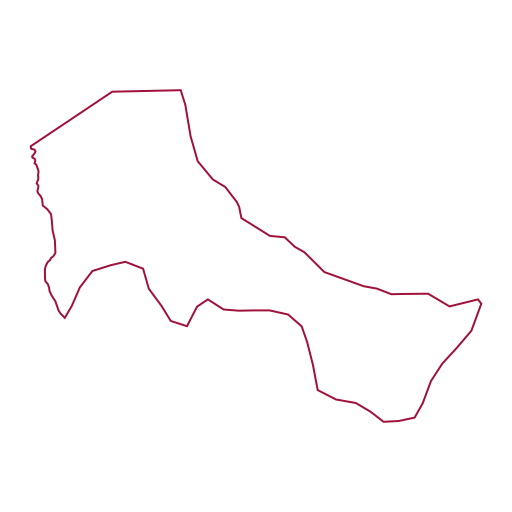 outline of Mayo-Lemié, Mayo-Kebbi Est, Chad
{"feature_id": "50815135B13713715101650", "entity_name": "Mayo-Lemié", "entity_type": "district", "adm_level": 2, "iso_a3": "TCD", "parent_name": "Chad", "parent_adm1": "Mayo-Kebbi Est", "projection": "robinson", "projection_center": [15.282, 10.859], "detail": "fine", "context": "isolated", "style": "outline", "palette": "rose", "viewbox_px": 512, "rotation_deg": 0, "n_neighbors": 0, "source": "geoboundaries", "source_scale": "gbopen_adm2", "svg_char_len": 1908}
<svg xmlns="http://www.w3.org/2000/svg" viewBox="0 0 512 512"><path d="M180.7,90.2L112.2,91.7L50.5,133.0L30.8,146.2L30.7,146.5L30.8,147.0L31.0,148.4L31.3,148.7L31.5,148.9L34.4,149.6L35.5,151.3L35.2,152.1L34.7,153.2L32.2,156.3L32.2,156.6L32.5,157.7L33.3,158.1L34.5,158.6L35.0,159.8L35.3,160.5L34.9,162.1L34.6,163.3L35.7,164.2L36.2,164.5L38.2,170.0L38.5,171.7L38.4,172.5L38.0,175.9L38.3,176.9L38.3,178.3L38.2,179.0L38.2,179.9L37.7,180.5L36.7,183.3L36.8,183.5L37.0,183.7L38.3,185.7L38.4,186.6L38.4,186.8L38.4,187.0L38.3,187.3L37.7,189.9L37.6,190.3L37.5,190.6L37.5,191.0L37.6,192.0L37.8,192.5L38.2,193.2L38.9,194.2L39.3,194.6L39.6,194.9L40.7,196.2L42.1,199.1L42.8,205.6L44.5,206.9L47.4,209.3L50.1,212.9L51.1,214.3L51.5,218.1L51.8,220.4L52.6,230.5L53.4,233.8L54.6,239.2L54.9,240.4L54.9,241.3L55.2,247.2L55.4,252.8L54.8,253.9L53.4,256.2L52.3,257.0L50.6,258.4L50.6,258.7L50.6,258.9L50.4,259.7L49.1,260.9L47.7,262.1L45.8,265.7L45.8,265.8L44.9,269.1L45.0,278.5L45.3,280.3L45.5,281.3L47.9,284.3L48.7,286.6L49.2,288.3L49.5,290.9L51.2,294.7L52.6,297.0L54.9,300.6L55.5,301.5L55.8,302.5L58.1,309.2L58.2,309.6L58.5,310.4L59.3,311.6L60.6,313.6L61.4,314.4L62.7,315.7L64.8,317.9L71.9,305.7L79.8,287.5L92.4,271.0L111.1,265.1L125.3,261.8L143.1,268.7L148.8,288.7L161.3,305.6L170.8,321.0L187.0,326.2L197.0,306.7L207.9,299.4L223.6,309.5L239.0,310.7L253.7,310.4L269.5,310.4L288.1,314.5L301.7,326.4L307.1,341.9L312.9,364.7L317.7,390.1L336.0,399.5L355.8,403.0L370.5,411.7L383.6,421.8L398.7,421.0L414.6,417.6L422.7,403.3L431.0,381.0L442.3,363.6L456.5,348.2L471.4,330.7L481.3,303.7L478.0,299.4L449.5,306.4L428.1,293.7L401.6,294.0L391.3,294.2L376.9,288.6L363.6,286.2L324.4,272.1L307.5,255.3L306.1,253.9L304.1,252.1L299.6,249.5L294.6,246.7L293.7,245.8L284.8,237.3L269.9,235.9L241.4,218.1L239.1,206.7L236.9,202.1L225.3,187.0L212.9,179.5L197.7,161.2L190.6,136.3L185.3,104.8L180.7,90.2Z" fill="none" stroke="#9f1239" stroke-width="2"/></svg>